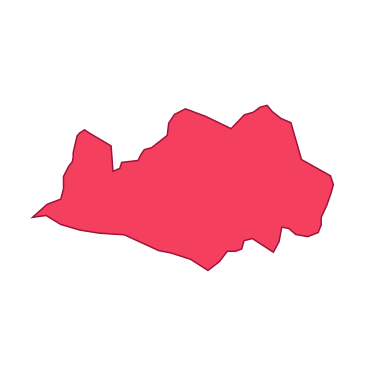 the border of Kayanza, rotated 306°
{"feature_id": "BDI-2640", "entity_name": "Kayanza", "entity_type": "Province", "adm_level": 1, "iso_a3": "BDI", "parent_name": "Burundi", "parent_adm1": "", "projection": "natural_earth1", "projection_center": [29.667, -2.994], "detail": "fine", "context": "isolated", "style": "filled", "palette": "rose", "viewbox_px": 384, "rotation_deg": 306, "n_neighbors": 0, "source": "natural_earth", "source_scale": "10m", "svg_char_len": 918}
<svg xmlns="http://www.w3.org/2000/svg" viewBox="0 0 384 384"><g transform="rotate(306 192 192)"><path d="M169.8,66.1L173.6,66.4L179.2,68.5L179.2,72.3L181.7,99.5L162.3,115.9L168.7,119.7L174.6,117.7L185.8,129.8L192.1,128.7L198.2,128.5L204.0,133.2L223.2,138.7L234.0,132.7L244.4,132.2L255.4,137.8L261.2,158.5L266.2,186.4L285.2,189.0L292.6,194.7L300.7,197.3L306.2,201.8L304.2,209.9L303.8,220.8L306.2,231.3L282.6,261.5L286.5,294.5L281.0,302.1L272.9,305.1L260.3,308.9L247.5,311.4L241.3,315.9L233.4,317.9L223.9,311.9L218.6,300.9L219.4,291.7L216.3,285.3L203.0,291.6L191.1,293.2L189.8,268.2L183.2,262.7L175.1,265.7L169.7,262.1L164.7,255.4L151.9,255.1L137.9,251.0L136.7,230.3L130.2,210.6L125.0,199.4L117.6,162.4L104.3,141.4L95.2,123.5L88.6,104.9L87.2,87.7L77.8,77.9L96.9,82.0L109.1,90.0L119.2,86.1L129.0,78.9L140.6,77.1L146.0,77.4L150.2,75.5L154.1,72.7L169.8,66.1Z" fill="#f43f5e" stroke="#9f1239" stroke-width="1.5"/></g></svg>